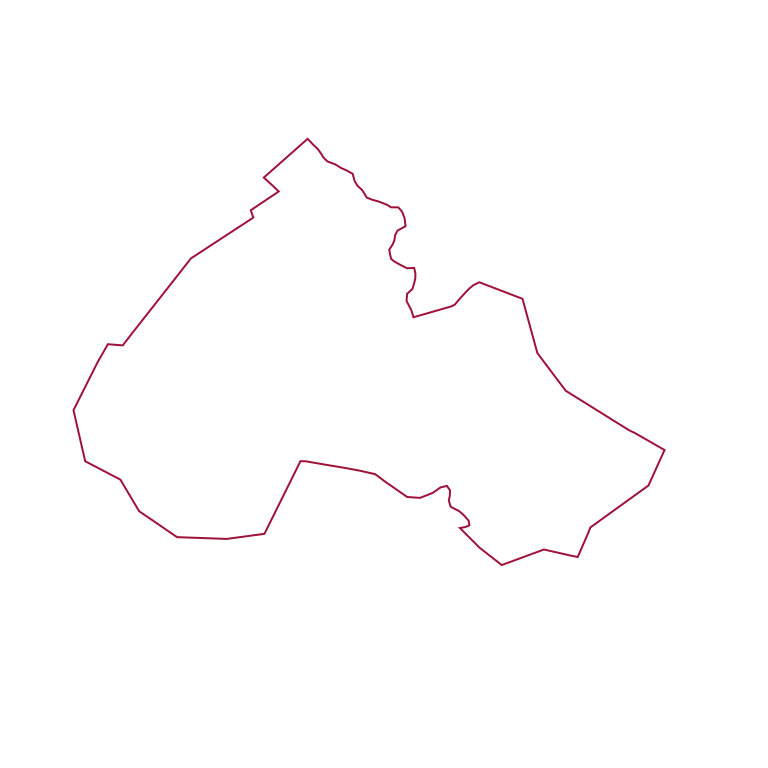 outline of Patos do Piauí, Piauí, Brazil, rotated 18°
{"feature_id": "56859067B57592098584408", "entity_name": "Patos do Piauí", "entity_type": "district", "adm_level": 2, "iso_a3": "BRA", "parent_name": "Brazil", "parent_adm1": "Piauí", "projection": "mercator", "projection_center": [-41.277, -7.664], "detail": "fine", "context": "isolated", "style": "outline", "palette": "rose", "viewbox_px": 768, "rotation_deg": 18, "n_neighbors": 0, "source": "geoboundaries", "source_scale": "gbopen_adm2", "svg_char_len": 1568}
<svg xmlns="http://www.w3.org/2000/svg" viewBox="0 0 768 768"><g transform="rotate(18 384 384)"><path d="M671.2,360.1L637.7,353.1L631.0,352.2L559.0,334.3L542.5,322.8L520.3,307.2L489.4,260.2L443.2,257.8L438.6,262.2L435.5,267.1L433.4,271.4L430.9,276.9L428.8,281.5L426.9,286.5L424.0,289.4L391.4,311.4L387.1,305.2L379.8,298.1L378.1,291.1L381.7,284.8L381.5,278.0L381.1,273.8L379.6,268.9L376.8,264.3L370.2,266.8L363.7,265.8L355.8,264.3L352.1,262.8L349.7,258.8L347.5,254.7L349.1,248.5L349.5,243.9L348.6,239.0L349.5,233.8L352.6,230.6L355.7,227.2L352.3,219.9L347.9,214.5L343.0,211.6L336.0,213.8L332.1,212.7L328.0,212.4L321.9,212.1L315.8,212.4L309.9,212.0L306.2,208.7L302.9,206.1L297.9,203.9L293.5,200.2L289.2,193.8L282.8,192.5L276.4,191.8L269.8,190.2L261.3,189.8L256.3,187.2L253.3,184.6L248.6,181.1L242.5,178.2L235.6,174.4L212.3,214.0L205.9,224.8L216.0,229.4L224.4,233.4L203.6,259.9L208.3,266.1L161.5,324.3L149.6,357.0L129.1,412.6L123.6,428.0L109.1,431.5L104.9,451.7L96.8,504.9L107.1,522.1L123.7,549.8L162.8,556.4L190.5,580.7L216.0,588.1L221.2,589.7L234.5,593.6L282.4,579.9L316.6,563.4L328.4,483.2L333.4,481.7L350.8,479.2L372.1,476.0L377.1,475.3L387.0,474.0L403.5,472.5L417.0,477.1L422.9,478.8L440.9,484.3L453.4,481.2L463.9,472.6L469.8,464.8L475.4,461.5L479.8,464.9L481.1,470.0L481.7,474.9L485.4,480.2L494.8,481.7L500.4,484.1L506.7,487.8L508.9,492.0L505.7,494.8L500.7,497.5L525.3,510.1L537.9,514.7L551.9,519.8L587.2,492.0L613.7,489.6L621.7,488.7L624.2,463.4L624.6,456.6L627.8,452.3L636.3,440.6L666.9,398.8L671.2,360.1Z" fill="none" stroke="#9f1239" stroke-width="2"/></g></svg>